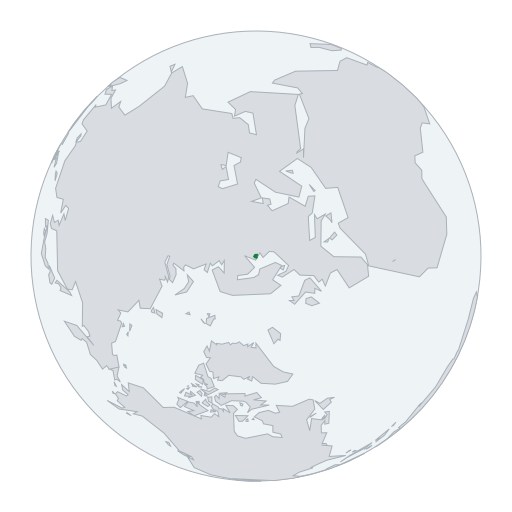 Pärnu on an orthographic globe, rotated 220°
{"feature_id": "EST-2346", "entity_name": "Pärnu", "entity_type": "County", "adm_level": 1, "iso_a3": "EST", "parent_name": "Estonia", "parent_adm1": "", "projection": "orthographic", "projection_center": [24.54, 58.305], "detail": "fine", "context": "on_globe", "style": "filled", "palette": "green", "viewbox_px": 512, "rotation_deg": 220, "n_neighbors": 0, "source": "natural_earth", "source_scale": "10m", "svg_char_len": 12054}
<svg xmlns="http://www.w3.org/2000/svg" viewBox="0 0 512 512"><g transform="rotate(220 256 256)"><circle cx="256" cy="256" r="225" fill="#eef3f6" stroke="#a8b0b8"/><path d="M52.2,160.1L52.8,158.8L55.2,153.9L63.9,138.4L73.7,123.7L84.6,109.7L96.7,96.7L98.2,95.2L131.2,70.1L107.0,87.0L107.3,86.8L115.7,79.7L126.7,71.7L125.4,72.9L139.3,65.1L150.1,59.3L167.4,54.2L179.2,58.0L172.8,59.7L176.3,60.8L184.6,58.8L189.1,57.4L212.6,61.2L240.1,60.3L248.5,56.3L246.9,60.4L262.5,50.8L277.2,49.7L260.8,53.4L259.2,55.7L269.3,55.9L269.8,58.4L275.0,60.0L274.8,63.1L265.2,65.5L264.9,67.6L272.0,67.7L276.3,71.1L265.9,70.6L272.3,76.7L257.4,82.6L229.7,80.3L221.5,87.5L193.1,96.1L195.7,98.4L186.7,103.7L186.4,108.5L181.2,109.1L185.5,112.5L190.2,111.1L193.7,112.2L194.0,115.0L187.4,116.1L186.3,114.9L184.5,116.7L181.1,116.1L183.0,118.0L175.0,119.2L183.2,122.2L177.1,126.8L171.7,126.5L172.0,120.9L160.0,107.7L154.6,106.3L146.8,109.6L132.8,127.2L127.0,128.3L119.3,133.8L122.6,135.5L129.8,131.9L134.1,136.9L142.3,132.3L145.3,133.8L153.9,131.7L152.9,138.1L147.3,145.7L140.1,148.0L137.4,151.5L144.5,154.6L131.4,164.3L123.2,180.5L119.8,182.5L112.6,176.6L111.9,163.0L102.6,156.8L108.9,167.2L100.2,172.8L98.9,176.6L99.5,180.2L103.0,180.7L100.0,184.1L92.7,174.7L95.2,171.4L97.5,174.3L97.2,168.1L92.2,162.5L88.2,166.1L84.8,154.9L81.9,157.4L79.6,156.6L84.4,153.2L75.6,159.4L71.1,149.5L59.0,160.9L70.6,144.9L74.5,137.0L78.2,128.8L76.2,130.4L83.9,118.2L86.2,111.6L80.2,115.9L72.2,125.9L64.3,138.3L65.1,138.5L61.2,146.9L57.3,150.2L49.3,167.8L46.2,174.0L45.9,174.8L52.2,160.1ZM41.7,186.6L40.6,190.2L37.7,200.8L37.9,202.4L37.3,210.0L34.9,216.8L36.5,216.4L34.8,225.3L35.1,245.8L34.4,245.7L34.3,271.2L38.1,294.0L39.0,303.6L38.2,304.4L40.4,312.0L40.5,314.2L52.9,344.3L62.2,363.3L64.0,370.1L60.1,366.9L61.1,368.9L53.5,354.8L47.0,340.2L41.6,325.2L37.2,309.8L34.0,294.1L31.8,278.3L30.8,262.3L30.9,246.3L32.2,230.4L34.6,214.5L38.1,198.9L38.6,197.1L40.2,191.5L40.2,191.3L41.7,186.6ZM56.0,163.4L47.1,187.7L49.0,177.4L49.2,178.5L52.1,171.6L56.5,160.7L59.0,152.4L56.0,163.4ZM59.2,166.3L60.5,162.7L59.7,165.9L59.2,166.3ZM191.1,56.4L184.7,58.6L177.0,59.6L182.3,57.4L191.1,56.4ZM205.7,55.8L202.9,57.2L199.2,55.4L202.0,55.1L205.7,55.8ZM254.3,53.1L249.0,53.5L254.0,52.3L254.3,53.1ZM275.8,59.7L277.1,58.9L279.3,60.1L275.8,59.7ZM153.8,128.3L153.8,130.0L152.2,129.5L153.8,128.3ZM157.6,126.0L155.7,124.3L157.2,122.9L158.3,124.0L157.6,126.0ZM280.9,66.1L283.9,68.5L279.2,66.4L280.9,66.1ZM159.5,128.4L160.1,120.7L162.8,118.4L169.3,120.6L159.5,128.4ZM284.5,70.2L292.0,76.4L295.6,75.0L289.6,82.9L285.3,74.8L278.9,72.3L283.5,72.2L284.5,70.2ZM191.6,109.4L186.6,111.0L190.6,107.2L191.6,109.4ZM193.4,106.7L200.7,93.8L208.3,93.1L204.3,97.5L214.1,94.7L214.2,100.6L208.9,103.5L203.9,102.7L207.8,105.6L193.4,106.7ZM285.1,86.5L285.5,88.5L283.2,86.9L285.1,86.5ZM195.4,112.4L196.2,109.7L202.9,108.8L202.5,114.0L200.5,112.6L195.4,112.4ZM216.5,91.2L221.4,91.6L222.9,96.5L225.0,97.4L214.9,100.7L216.5,91.2ZM199.1,114.2L202.2,116.7L199.3,119.7L195.1,114.9L199.1,114.2ZM204.8,106.5L208.0,106.4L206.1,108.1L204.8,106.5ZM190.7,132.3L191.5,128.9L195.0,128.1L190.7,132.3ZM203.5,117.4L204.5,116.4L206.0,115.8L207.3,118.0L203.5,117.4ZM216.6,104.0L216.2,106.1L220.8,102.9L222.1,106.6L215.1,108.3L218.6,109.1L219.1,110.3L212.9,110.4L216.6,104.0ZM213.2,118.5L204.7,122.2L202.5,128.5L199.2,129.3L203.5,119.0L213.2,118.5ZM213.6,113.7L212.6,116.8L209.1,116.1L207.5,113.5L213.6,113.7ZM225.5,108.6L225.3,102.5L226.9,102.4L225.5,108.6ZM213.3,120.4L215.3,119.5L213.5,120.9L213.3,120.4ZM222.5,112.3L222.3,110.1L224.0,110.0L222.5,112.3ZM219.6,119.6L216.9,120.7L215.7,119.0L219.6,119.6ZM221.5,116.4L224.0,116.8L217.0,117.7L221.1,115.4L221.5,116.4ZM224.2,112.6L225.2,111.8L224.1,113.6L224.2,112.6ZM225.5,125.8L216.9,127.3L214.4,123.4L223.1,122.4L225.5,125.8ZM234.6,480.3L223.5,478.3L207.8,468.9L214.3,464.8L212.3,459.5L194.9,442.8L198.7,434.8L194.0,429.7L184.2,428.3L178.6,421.9L172.7,419.9L135.3,408.2L123.8,395.3L109.7,363.3L116.4,357.4L117.4,345.1L163.3,320.9L173.2,327.8L209.6,331.4L214.1,334.0L210.1,344.6L237.5,361.1L246.1,352.6L270.7,359.3L287.0,357.3L292.4,336.0L265.8,338.9L261.0,328.7L282.1,317.4L305.3,314.7L304.2,310.7L289.3,303.9L294.5,295.0L284.2,300.8L288.5,304.6L282.1,308.5L277.8,305.3L279.8,302.2L272.7,301.0L265.1,316.9L268.6,322.4L250.3,325.7L254.4,335.4L249.5,339.9L240.6,325.2L241.3,319.8L224.9,302.4L222.5,308.3L237.8,325.3L233.1,323.8L229.9,332.6L228.6,324.7L212.6,305.2L195.9,305.5L174.9,322.7L165.0,321.0L156.7,312.9L164.1,291.5L185.2,297.7L188.1,290.8L183.6,277.6L190.4,280.8L191.1,276.4L199.1,278.1L210.1,269.6L218.2,270.1L222.3,256.7L227.0,255.2L223.2,263.5L224.9,269.7L244.9,270.8L248.7,268.1L249.7,259.4L255.1,261.0L253.6,252.5L265.0,248.9L249.8,246.4L250.7,236.7L257.4,229.3L255.0,225.8L244.0,237.9L242.0,243.3L244.7,248.5L237.1,263.4L230.3,265.3L228.0,248.5L218.0,249.5L220.6,236.4L248.7,210.7L260.6,205.7L280.6,217.1L277.9,223.6L269.4,222.5L277.4,232.2L276.7,227.2L281.2,228.8L283.1,220.4L286.4,221.1L282.7,212.1L286.9,212.1L289.1,217.8L295.6,206.0L304.3,203.9L304.2,200.9L301.6,198.3L314.4,197.7L313.7,195.5L309.3,194.9L305.2,190.3L302.8,182.0L307.3,182.3L308.8,185.3L318.7,192.1L321.9,200.4L323.5,199.7L321.8,192.6L309.7,184.2L307.0,179.2L313.2,182.3L310.7,180.7L310.8,178.4L315.1,176.3L308.6,172.6L303.2,147.6L311.1,141.6L317.2,146.8L318.2,130.8L327.0,126.1L322.9,125.4L320.7,117.7L317.9,119.1L315.7,118.2L308.7,100.2L310.6,96.4L302.9,88.6L300.8,88.4L299.0,90.7L289.6,82.9L295.6,75.0L300.0,75.9L300.8,70.7L310.9,73.7L319.6,74.1L330.2,81.0L336.1,81.0L335.7,79.0L343.5,77.8L360.9,82.9L348.6,87.6L322.8,83.3L333.5,85.6L331.7,87.9L335.8,90.5L343.3,92.1L343.9,90.5L358.7,108.7L377.8,120.4L375.1,112.0L379.1,109.4L398.5,117.2L424.8,147.2L430.3,145.6L434.4,148.6L437.9,156.4L432.0,152.2L430.5,156.3L426.6,153.0L430.2,164.8L424.9,160.5L430.2,172.1L434.3,172.4L433.2,163.3L440.1,175.6L446.1,172.9L453.0,179.0L463.6,206.0L465.3,224.5L466.7,227.7L464.1,230.9L465.6,243.2L474.2,245.4L475.7,249.5L475.8,269.2L474.9,266.7L468.2,275.1L470.5,287.0L475.7,282.9L477.6,287.6L475.1,293.9L472.8,290.2L470.3,292.9L468.5,283.6L461.7,276.3L459.0,287.4L456.8,281.9L447.0,279.6L441.8,295.2L435.2,327.2L438.2,342.0L434.2,353.8L419.4,344.3L412.1,332.1L407.2,338.4L391.7,334.2L366.1,349.6L362.1,346.7L357.4,351.5L346.4,351.7L340.1,346.1L333.6,349.2L350.2,363.5L357.1,359.9L362.4,349.3L365.8,355.1L376.3,355.9L366.0,378.3L327.4,407.0L323.0,396.3L290.8,366.9L291.5,362.3L291.3,361.8L290.9,361.0L288.5,368.6L282.8,361.8L300.6,385.3L303.8,395.3L326.8,407.9L324.8,410.2L332.0,411.6L354.6,399.0L354.8,402.7L344.5,423.0L312.8,450.5L316.8,459.2L314.0,466.2L293.7,473.6L294.9,476.1L284.4,478.4L283.3,479.3L274.5,480.5L272.2,480.7L253.4,481.3L234.6,480.3ZM147.9,339.4L146.7,343.1L147.9,339.4ZM330.5,321.9L344.0,317.5L337.0,306.1L341.6,303.5L337.5,300.7L336.4,305.3L326.2,296.9L331.7,290.5L329.5,284.8L324.9,286.1L316.4,299.3L331.0,311.2L328.3,317.9L330.5,321.9ZM35.2,246.3L34.9,250.1L34.6,246.8L35.2,246.3ZM47.6,178.4L46.5,182.6L45.4,185.7L45.9,182.8L47.6,178.4ZM42.5,213.2L42.0,218.6L41.8,214.0L42.5,213.2ZM46.1,191.4L42.8,209.2L42.4,201.3L44.8,190.3L44.1,196.4L46.1,191.4ZM56.3,167.7L55.3,170.7L54.5,171.0L56.3,167.7ZM58.6,168.7L58.8,167.8L60.0,165.7L58.6,168.7ZM100.7,173.3L101.1,174.2L101.0,178.2L99.6,176.9L100.7,173.3ZM109.9,193.0L105.0,198.2L107.4,193.5L104.4,192.5L105.8,181.7L118.1,183.0L112.3,184.2L109.9,193.0ZM111.1,168.2L108.8,174.5L110.8,167.5L111.1,168.2ZM187.5,251.7L190.3,255.6L187.3,260.2L177.1,260.6L181.3,253.8L187.5,251.7ZM194.9,260.2L195.4,243.9L201.8,243.4L198.1,246.4L202.3,247.7L197.5,252.9L203.0,268.7L200.7,273.9L183.1,271.1L190.2,269.0L187.0,265.2L194.9,260.2ZM185.6,206.5L185.9,200.3L199.3,207.0L197.5,212.0L187.2,212.4L183.3,206.7L185.6,206.5ZM170.8,134.2L170.1,132.1L171.9,131.7L174.0,133.2L170.8,134.2ZM190.7,130.8L176.0,143.6L174.4,141.6L167.7,151.9L160.8,150.9L165.4,144.2L155.1,151.4L156.5,144.9L150.0,150.4L160.9,135.7L161.8,130.5L163.4,136.6L169.7,137.6L172.7,136.4L181.7,129.5L186.6,119.2L193.6,118.8L197.2,121.3L197.1,123.7L192.6,123.1L195.7,126.8L189.1,127.8L190.7,130.8ZM235.7,155.6L230.5,153.1L235.6,162.3L229.0,162.7L230.0,163.7L225.3,166.7L221.4,172.2L218.4,171.5L218.1,174.0L215.0,176.2L213.7,179.4L207.8,179.4L205.7,183.4L204.1,181.1L202.1,188.2L201.0,183.0L196.9,185.5L200.1,189.2L171.6,182.8L160.6,184.7L151.9,189.3L151.2,180.2L158.8,170.3L170.4,161.7L181.2,161.4L178.9,157.5L183.4,156.3L183.3,159.9L186.1,153.7L189.8,153.8L200.1,147.1L201.8,138.7L205.6,136.2L206.8,139.5L209.8,134.8L214.5,139.5L217.4,137.9L224.9,141.2L225.5,148.8L228.6,146.5L234.5,149.1L235.7,155.6ZM227.5,126.9L229.7,135.6L227.2,140.2L215.1,132.6L211.9,133.4L204.0,129.1L207.9,122.7L209.7,124.4L212.5,124.7L210.2,126.6L214.0,125.3L216.8,127.8L220.5,127.5L220.2,130.3L227.5,126.9ZM219.2,330.4L222.8,331.4L228.3,331.5L226.3,337.2L219.2,330.4ZM208.0,317.3L211.2,317.1L211.2,324.8L207.5,324.0L208.0,317.3ZM212.9,310.6L211.4,316.5L210.1,312.8L212.9,310.6ZM226.1,262.9L229.5,262.2L229.9,264.3L228.0,267.2L226.1,262.9ZM249.4,184.1L246.8,181.6L247.8,180.5L246.1,173.0L250.9,172.2L253.7,176.5L249.4,184.1ZM287.9,340.3L283.2,345.0L280.7,343.3L282.9,342.0L287.9,340.3ZM253.3,342.6L261.2,345.0L252.7,344.1L253.3,342.6ZM254.2,182.1L253.0,179.1L256.2,180.6L254.2,182.1ZM254.3,171.4L257.9,172.5L251.3,171.3L254.3,171.4ZM351.1,453.4L334.4,466.4L324.2,469.8L323.0,468.7L329.7,462.1L341.8,456.4L347.9,451.1L351.1,453.4ZM477.4,297.7L475.1,305.3L467.7,307.6L470.5,301.2L477.4,291.4L477.0,294.4L478.5,290.4L477.8,295.7L477.4,297.7ZM480.4,276.3L480.2,273.8L480.3,268.1L480.8,263.4L479.4,233.1L479.5,229.4L480.7,240.1L480.7,239.7L481.3,258.0L480.4,276.3ZM439.2,342.5L443.9,346.1L441.3,350.8L439.2,342.5ZM476.6,217.4L478.6,230.1L476.0,216.4L476.6,217.4ZM473.6,207.0L474.7,209.0L474.0,209.7L473.6,207.0ZM468.8,231.4L468.5,237.1L467.4,235.4L467.1,227.2L468.8,231.4ZM458.2,184.4L462.3,189.7L463.7,192.5L461.5,191.7L458.2,184.4ZM293.0,174.0L290.0,185.1L291.0,193.0L296.5,197.4L287.5,196.2L286.0,183.9L293.0,174.0ZM301.5,150.7L296.7,147.3L299.5,145.9L301.0,146.5L301.5,150.7ZM298.1,150.7L290.7,152.1L288.5,148.3L294.7,147.9L298.1,150.7ZM272.5,166.8L271.3,170.0L268.8,168.6L272.5,166.8ZM476.3,209.0L476.4,209.9L477.7,216.8L474.0,200.3L474.6,201.6L476.3,209.0ZM474.7,203.9L476.0,210.3L473.9,201.8L474.7,203.9ZM475.7,210.1L474.6,207.6L474.2,204.2L475.7,210.1ZM474.2,201.6L472.1,195.6L472.9,196.6L474.2,201.6ZM471.9,202.7L472.9,199.3L473.5,207.9L468.4,198.9L467.7,194.1L471.9,202.7ZM435.8,140.9L433.1,139.6L431.1,135.0L433.5,137.2L435.8,140.9ZM422.0,119.9L429.7,133.4L435.4,145.0L435.9,143.1L441.4,149.3L438.0,149.9L430.5,138.9L427.0,131.0L421.9,126.7L416.6,119.4L410.7,116.7L406.8,112.8L411.1,113.0L422.0,119.9ZM408.2,115.9L396.0,109.7L394.3,103.1L396.6,103.0L402.9,108.5L403.5,111.6L408.2,115.9ZM392.6,106.3L392.9,109.4L375.8,108.8L371.8,107.2L383.9,103.6L384.9,106.4L389.4,107.8L392.6,106.3ZM287.8,88.1L285.7,88.5L286.7,86.9L287.8,88.1ZM314.3,119.1L311.5,117.7L312.9,115.8L314.3,119.1ZM304.7,112.8L305.1,115.9L302.8,112.5L304.7,112.8ZM306.4,123.0L304.4,117.1L309.0,122.9L306.4,123.0Z" fill="#d9dde1" stroke="#a8b0b8" stroke-width="1"/><path d="M257.0,257.0L256.9,257.1L256.7,257.2L256.6,257.3L256.5,257.2L256.4,257.2L256.4,257.3L256.2,257.4L255.9,257.5L255.7,257.7L255.7,257.8L255.5,257.7L255.7,257.3L255.7,257.1L255.8,257.0L255.8,256.9L255.8,256.7L255.8,256.4L255.9,256.2L256.0,256.1L256.0,255.9L255.8,255.7L255.7,255.6L255.5,255.8L255.4,256.1L255.2,256.1L254.9,256.0L254.8,255.9L254.7,255.9L254.4,255.8L254.3,255.7L254.2,255.5L254.2,255.4L254.2,255.2L254.4,255.0L254.5,255.0L254.6,254.9L254.6,254.7L254.8,254.7L255.0,254.5L255.2,254.4L255.2,254.5L255.5,254.5L255.8,254.5L255.8,254.4L256.0,254.3L256.3,254.2L256.5,254.3L256.6,254.2L256.7,254.3L256.8,254.5L256.9,254.4L257.0,254.4L257.3,254.4L257.5,254.4L257.5,254.5L257.4,254.7L257.4,254.8L257.3,255.0L257.2,255.0L256.9,255.3L257.0,255.4L257.0,255.5L256.9,255.5L256.9,255.8L257.0,255.9L257.3,256.0L257.5,256.1L257.4,256.2L257.4,256.4L257.2,256.4L257.2,256.5L257.3,256.5L257.2,256.5L257.1,256.8L257.0,257.0L257.0,257.0ZM254.8,256.7L254.9,256.8L254.8,256.7Z" fill="#22c55e" stroke="#15803d" stroke-width="1.5"/></g></svg>